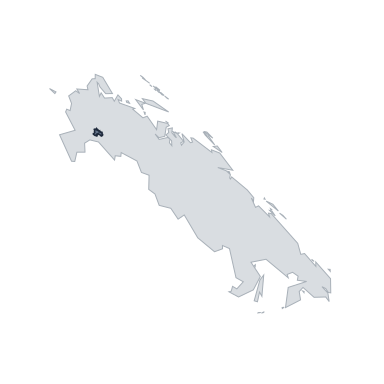 Ul'yanovsk highlighted on a map of Russia, rotated 41°
{"feature_id": "RUS-2395", "entity_name": "Ul'yanovsk", "entity_type": "Region", "adm_level": 1, "iso_a3": "RUS", "parent_name": "Russia", "parent_adm1": "", "projection": "natural_earth1", "projection_center": [47.861, 53.792], "detail": "fine", "context": "in_parent", "style": "filled", "palette": "slate", "viewbox_px": 384, "rotation_deg": 41, "n_neighbors": 0, "source": "natural_earth", "source_scale": "10m", "svg_char_len": 5736}
<svg xmlns="http://www.w3.org/2000/svg" viewBox="0 0 384 384"><g transform="rotate(41 192 192)"><path d="M296.0,240.7L285.3,243.1L286.7,241.1L284.5,236.6L289.4,235.7L289.6,226.1L281.4,227.8L257.4,210.1L250.1,212.4L252.3,214.8L248.2,222.3L226.4,222.8L201.2,214.4L199.3,221.6L186.7,218.2L176.0,223.6L165.4,217.8L157.6,218.4L148.6,207.5L141.0,210.4L130.1,204.7L112.7,208.7L114.9,211.8L110.3,215.0L112.6,218.7L88.6,215.6L80.7,219.7L78.9,225.6L85.1,232.1L79.0,237.5L83.5,245.9L80.9,247.8L54.5,235.7L63.3,222.1L44.1,214.5L43.1,211.7L46.6,210.5L43.0,204.2L35.9,200.4L37.8,191.9L42.6,191.4L37.5,189.8L46.4,183.1L43.3,180.8L42.4,172.1L44.6,170.0L41.8,166.7L49.4,164.0L67.4,169.9L62.3,174.4L53.7,173.1L50.5,171.6L48.4,171.4L59.4,180.6L58.4,176.8L64.4,178.5L69.9,173.1L73.8,174.5L72.4,167.3L77.7,167.9L79.3,169.6L75.6,170.7L78.9,172.4L94.0,166.5L92.9,168.4L106.3,168.2L108.4,164.2L124.4,168.2L119.6,161.0L128.6,156.3L131.3,156.8L130.0,160.0L134.9,167.9L131.4,172.7L126.1,172.4L132.7,173.9L137.9,166.8L140.6,166.5L142.7,169.7L146.4,170.3L143.0,166.7L134.9,166.0L135.4,162.3L132.4,160.1L135.1,156.5L137.9,160.5L143.3,161.4L144.7,161.3L138.1,158.9L142.7,157.6L152.4,159.3L151.2,162.3L153.4,163.6L153.3,159.4L146.1,154.6L158.5,155.8L159.7,154.0L155.6,151.9L157.5,150.6L181.1,149.1L179.0,147.4L187.4,144.4L208.5,148.8L195.4,156.6L204.0,153.5L209.6,153.7L211.1,156.5L211.7,156.9L212.5,157.0L212.0,154.6L232.4,154.2L242.4,155.8L244.3,158.4L240.7,157.6L250.0,161.9L251.3,158.8L266.8,159.9L263.6,157.8L265.9,156.3L305.5,161.4L315.0,167.7L317.3,164.6L334.3,166.9L331.3,163.6L353.4,166.5L362.9,177.1L360.8,178.4L356.2,177.1L352.2,178.2L360.8,179.1L367.4,184.7L361.8,183.5L353.2,191.4L338.4,191.2L338.2,196.8L344.7,202.2L338.4,217.9L327.2,200.9L337.2,184.3L329.4,189.5L327.3,185.9L320.6,186.6L317.9,191.8L320.9,193.6L292.0,194.2L282.6,206.3L299.0,210.9L302.5,225.6L296.0,240.7ZM121.9,146.9L99.1,155.3L93.3,154.1L102.9,148.9L121.9,146.9ZM300.6,207.6L313.2,224.9L308.6,223.2L313.4,231.9L310.3,233.3L301.0,213.9L300.6,207.6ZM88.9,159.2L98.7,155.5L96.6,158.8L101.5,161.9L88.9,159.2ZM253.9,150.2L261.1,148.2L269.7,149.7L253.9,150.2ZM167.9,139.0L178.3,141.6L165.0,140.4L167.9,139.0ZM163.9,137.0L172.4,137.7L161.3,138.5L163.9,137.0ZM180.9,140.7L188.8,142.4L178.2,143.7L180.9,140.7ZM271.9,150.5L275.9,150.0L281.1,150.6L271.9,150.5ZM16.6,207.4L23.7,205.7L23.9,207.7L16.6,207.4ZM84.0,138.1L88.7,137.7L79.5,138.6L84.0,138.1ZM264.7,153.9L270.5,155.4L262.7,155.0L264.7,153.9ZM86.7,166.0L83.9,167.2L82.6,166.4L84.0,165.1L86.7,166.0ZM93.0,137.5L97.3,137.1L99.6,137.5L93.0,137.5ZM107.6,137.4L105.8,138.3L102.5,138.0L103.2,137.4L107.6,137.4ZM112.0,137.6L108.3,137.5L113.5,137.2L112.0,137.6ZM104.4,162.6L106.0,164.6L103.3,163.1L104.4,162.6ZM165.9,139.5L163.1,139.9L160.8,139.3L165.9,139.5ZM95.4,136.4L101.0,136.2L99.0,136.8L95.4,136.4ZM348.4,161.2L345.5,160.9L347.0,159.8L348.4,161.2ZM79.8,137.6L83.3,137.9L76.4,137.9L79.8,137.6ZM128.7,155.6L125.4,155.8L128.7,155.5L128.7,155.6ZM206.9,152.2L208.8,153.3L206.0,152.6L206.9,152.2ZM329.7,164.2L327.9,164.7L326.4,164.3L329.7,164.2ZM101.0,138.5L98.4,138.2L102.5,138.5L101.0,138.5ZM100.1,136.8L101.8,137.4L98.6,137.0L100.1,136.8ZM325.1,234.9L325.0,236.2L323.8,237.9L325.1,234.9ZM96.6,138.5L98.4,139.1L96.1,139.0L96.6,138.5ZM142.4,157.4L140.1,157.9L139.6,157.8L142.4,157.4ZM342.6,194.5L340.4,194.1L341.9,193.5L342.6,194.5ZM263.6,152.9L263.2,153.7L262.1,153.1L263.6,152.9ZM287.5,205.3L288.6,206.8L287.3,206.5L287.5,205.3ZM337.2,218.5L336.6,220.7L335.8,220.0L337.2,218.5ZM92.7,138.7L90.5,138.9L89.7,138.7L92.7,138.7ZM143.7,155.8L143.3,156.7L142.7,156.4L143.7,155.8ZM251.9,149.5L250.9,150.1L250.5,149.0L251.9,149.5ZM321.0,239.6L323.0,237.8L321.1,240.0L321.0,239.6Z" fill="#d9dde1" stroke="#a8b0b8" stroke-width="1"/><path d="M85.0,206.2L85.2,206.3L85.3,206.3L85.4,206.5L85.5,206.5L85.6,206.8L85.7,207.0L85.8,207.1L86.0,207.1L86.3,207.1L86.6,207.2L86.6,207.3L86.8,207.2L86.9,207.3L87.0,207.4L87.0,207.5L87.2,207.8L87.3,207.9L87.3,208.1L87.2,208.4L87.2,208.6L86.9,208.8L86.7,208.9L86.6,209.0L86.8,209.2L86.8,209.3L86.7,209.3L86.4,209.3L86.3,209.2L86.2,209.2L86.1,209.3L85.9,209.3L85.8,209.2L85.7,209.2L85.4,209.2L85.2,209.2L85.1,209.3L84.5,209.2L84.4,209.3L84.2,209.5L83.5,209.6L83.2,209.5L83.3,209.7L83.5,209.8L83.4,209.8L83.1,209.8L82.9,209.8L82.9,210.0L83.1,210.0L83.0,210.4L82.8,210.4L82.7,210.4L82.6,210.5L82.5,210.4L82.4,210.3L82.2,210.3L82.1,210.5L82.2,210.8L82.3,211.0L82.4,211.3L82.5,211.3L82.4,211.6L82.5,211.6L82.6,211.8L82.7,211.6L82.9,211.6L82.8,211.8L83.0,211.9L83.3,211.8L83.5,212.0L83.4,212.2L83.3,212.3L83.1,212.4L82.9,212.3L82.7,212.3L82.4,212.4L82.2,212.5L82.3,212.6L82.2,212.7L81.9,212.8L81.9,212.7L81.7,212.6L81.6,212.8L81.5,213.0L81.4,213.0L81.2,212.9L80.9,213.0L80.2,213.1L80.1,212.9L80.1,213.0L79.9,213.1L79.7,212.9L79.4,212.9L79.3,212.7L79.5,212.6L79.7,212.4L79.5,212.2L79.6,211.9L79.6,211.5L79.6,211.4L79.7,211.2L79.6,210.9L79.5,210.7L79.4,210.7L79.2,210.5L79.1,210.4L78.9,210.3L78.7,210.3L78.6,210.2L78.5,209.9L78.4,209.8L78.2,209.5L78.1,209.4L77.9,209.3L77.9,209.2L77.7,208.9L77.4,208.8L77.2,208.9L77.1,208.7L77.3,208.5L77.4,208.3L77.5,208.2L77.8,208.2L78.1,208.2L78.3,208.1L78.6,207.9L78.8,207.9L79.0,207.8L79.2,207.7L78.9,207.6L78.7,207.6L78.6,207.4L78.8,207.4L78.6,207.3L78.7,207.2L78.6,206.9L78.5,206.7L79.0,206.8L79.3,206.8L79.5,206.9L79.9,206.7L80.0,206.8L80.3,206.8L80.5,206.9L80.6,207.0L80.6,207.3L80.8,207.2L81.1,207.2L81.3,207.1L81.3,206.9L81.5,206.7L81.7,206.8L81.8,206.9L81.9,206.7L82.0,206.6L82.3,206.5L82.5,206.6L82.8,206.6L82.7,206.7L82.8,206.8L82.8,206.7L83.2,206.9L83.3,206.9L83.6,206.8L84.0,206.9L84.2,206.7L84.4,206.5L84.4,206.4L84.5,206.4L84.8,206.3L85.0,206.3L85.0,206.2L85.0,206.2ZM82.3,205.8L82.1,205.9L82.3,205.8L82.3,205.8Z" fill="#64748b" stroke="#1e293b" stroke-width="1.5"/></g></svg>